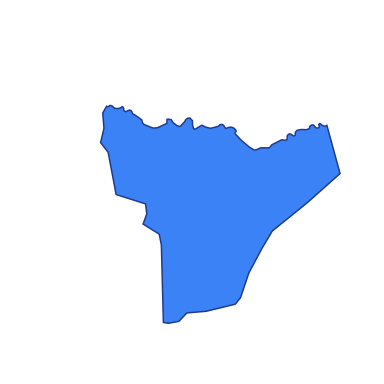 the district of Allendale, South Carolina, United States of America, rotated 121°
{"feature_id": "52423323B67769542433711", "entity_name": "Allendale", "entity_type": "district", "adm_level": 2, "iso_a3": "USA", "parent_name": "United States of America", "parent_adm1": "South Carolina", "projection": "robinson", "projection_center": [-81.466, 32.951], "detail": "fine", "context": "isolated", "style": "filled", "palette": "blue", "viewbox_px": 384, "rotation_deg": 121, "n_neighbors": 0, "source": "geoboundaries", "source_scale": "gbopen_adm2", "svg_char_len": 2158}
<svg xmlns="http://www.w3.org/2000/svg" viewBox="0 0 384 384"><g transform="rotate(121 192 192)"><path d="M265.8,97.1L257.5,96.0L231.9,101.6L203.6,103.0L197.0,103.0L184.1,103.1L142.1,87.8L99.9,74.6L65.4,110.7L66.1,111.1L67.1,111.9L67.7,113.5L67.7,115.2L67.5,116.3L67.4,117.4L67.5,117.8L67.9,118.0L68.9,118.1L70.5,116.5L71.4,116.4L72.1,116.8L73.1,118.5L73.0,119.5L72.5,120.8L72.1,121.8L72.2,122.8L72.6,123.7L74.8,124.8L75.7,124.8L76.6,124.1L77.7,124.3L79.9,126.4L81.2,128.9L82.5,131.0L85.1,133.7L87.0,134.1L88.0,134.0L89.0,133.4L89.7,132.9L90.0,132.9L90.6,132.9L91.0,133.1L91.6,133.7L91.7,134.4L91.6,135.1L91.4,136.6L91.6,137.6L92.0,138.3L92.7,138.9L94.3,139.4L95.1,139.1L97.5,137.7L98.7,137.8L99.6,138.8L99.8,139.0L100.7,141.4L101.3,142.2L110.4,147.9L113.5,148.3L114.4,148.7L118.8,155.9L123.5,159.2L123.9,159.9L124.0,165.7L123.8,167.0L122.3,176.4L120.0,184.4L119.9,185.0L119.1,185.5L118.2,185.5L117.3,185.4L116.7,185.8L116.4,186.4L116.2,187.0L116.1,187.6L115.8,188.1L115.7,188.8L115.8,189.6L115.9,190.6L116.4,192.2L117.9,193.9L120.0,195.7L120.0,196.4L118.5,199.3L118.6,201.1L119.9,202.7L122.1,203.3L127.8,208.8L129.3,213.6L129.7,218.0L134.5,220.6L136.0,221.3L136.9,222.4L136.6,223.5L133.7,226.6L133.3,226.6L130.7,228.3L129.6,231.9L131.2,233.9L133.9,234.7L135.0,234.4L141.7,235.9L142.2,236.5L142.9,239.0L142.2,244.1L140.7,247.2L141.7,249.7L142.4,250.7L143.0,250.8L143.9,250.1L146.0,249.0L146.6,249.2L147.1,249.5L154.8,254.8L157.1,258.0L157.6,260.2L158.8,267.6L158.6,269.1L158.0,270.2L156.1,272.0L155.6,276.9L155.4,281.2L155.5,283.4L154.1,285.0L153.6,286.2L153.9,287.5L154.8,288.5L155.9,289.2L156.9,289.7L157.3,290.4L157.4,291.1L157.3,291.6L157.3,292.3L156.6,293.1L155.6,293.5L155.2,293.9L155.0,294.3L154.8,294.8L154.8,295.5L154.9,295.9L155.5,296.1L156.7,296.6L157.8,297.5L159.0,299.1L159.6,300.5L160.2,301.9L159.6,303.7L159.4,305.0L159.7,306.1L160.1,307.0L161.3,307.4L162.0,307.8L162.4,308.6L162.5,309.4L170.3,309.2L182.7,300.3L196.7,295.8L201.2,284.3L233.3,255.7L226.1,225.7L234.0,219.5L244.7,217.4L245.0,198.4L253.3,190.9L318.6,149.3L316.6,144.5L309.6,136.6L298.3,134.1L287.0,118.5L265.8,97.1Z" fill="#3b82f6" stroke="#1e3a8a" stroke-width="1.5"/></g></svg>